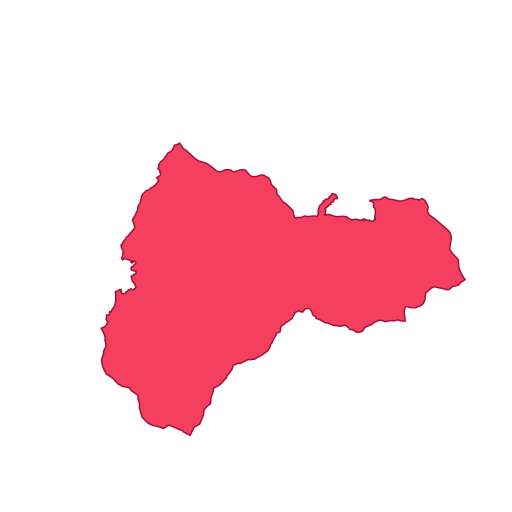 outline of Bistra, Maramures, Romania, rotated 155°
{"feature_id": "2599482B95766833415953", "entity_name": "Bistra", "entity_type": "district", "adm_level": 2, "iso_a3": "ROU", "parent_name": "Romania", "parent_adm1": "Maramures", "projection": "mercator", "projection_center": [24.244, 47.867], "detail": "fine", "context": "isolated", "style": "filled", "palette": "rose", "viewbox_px": 512, "rotation_deg": 155, "n_neighbors": 0, "source": "geoboundaries", "source_scale": "gbopen_adm2", "svg_char_len": 6136}
<svg xmlns="http://www.w3.org/2000/svg" viewBox="0 0 512 512"><g transform="rotate(155 256 256)"><path d="M373.5,323.1L374.3,320.9L374.4,320.1L374.3,319.8L374.5,318.5L374.2,317.3L374.2,316.0L374.9,315.7L375.4,314.5L377.2,312.1L378.5,311.2L378.8,310.1L378.6,309.1L378.1,308.8L377.1,309.6L376.4,309.3L373.8,306.9L372.4,306.1L371.6,304.4L370.5,303.9L370.8,303.0L371.5,303.2L371.9,303.0L371.3,302.1L370.3,302.2L369.9,302.8L368.8,303.2L368.3,302.9L367.9,300.9L368.2,300.1L368.7,299.7L369.8,299.7L371.2,298.8L372.7,298.9L374.2,298.2L374.5,297.9L374.8,295.6L373.5,294.8L372.8,293.9L372.4,293.9L371.6,293.2L371.4,292.1L371.9,290.9L374.0,291.0L375.8,290.3L376.4,290.6L377.5,290.5L378.1,289.8L378.3,286.6L378.9,285.3L378.2,284.1L378.1,283.1L377.6,282.7L377.9,281.8L377.8,280.8L378.3,278.0L379.2,277.4L380.3,277.7L381.8,277.1L382.5,277.7L382.9,278.9L383.5,279.1L384.9,278.9L385.9,279.3L388.4,278.0L389.6,278.2L389.8,278.0L389.7,277.7L389.8,277.4L391.4,277.2L393.0,278.7L393.5,280.0L393.3,281.1L392.8,281.2L393.1,281.9L392.6,282.7L394.3,283.1L396.1,282.7L398.4,283.1L399.2,281.5L399.6,279.5L400.5,278.1L401.7,275.2L404.7,271.0L407.0,269.4L410.1,267.7L410.4,267.1L411.3,266.6L412.2,267.4L414.0,264.8L415.0,264.7L415.8,265.2L416.3,265.8L416.8,264.5L418.4,262.3L418.6,261.5L418.3,258.6L419.0,258.5L420.1,257.1L421.3,256.3L422.8,255.9L426.9,255.9L426.6,251.9L426.7,248.0L427.5,245.2L428.6,243.3L428.6,241.9L429.2,240.9L429.2,239.9L429.6,239.4L429.5,238.6L429.9,237.6L434.1,234.4L435.9,231.4L439.9,227.3L441.3,222.4L441.7,219.4L441.8,215.2L441.5,212.5L437.1,205.0L435.2,198.4L431.8,194.0L426.5,190.3L426.5,189.1L425.4,185.7L421.9,180.0L421.9,179.6L423.4,176.0L423.7,174.7L423.9,171.7L424.7,169.6L425.9,167.8L427.3,158.3L427.2,157.3L424.6,150.5L423.3,148.5L422.7,148.2L421.7,146.7L417.8,143.6L412.5,138.7L406.6,139.8L396.1,128.2L396.2,127.3L391.6,121.3L384.3,127.0L378.0,127.5L371.3,133.6L367.9,138.6L364.4,140.3L359.6,141.4L356.6,146.7L352.6,150.8L350.3,154.1L344.8,154.3L342.1,154.9L334.4,158.1L332.9,159.6L326.3,162.9L322.6,166.6L317.3,166.3L315.5,165.3L307.1,165.5L303.9,164.0L302.7,164.0L301.1,163.1L299.7,163.1L298.4,163.6L294.8,163.4L285.9,165.0L282.3,167.1L280.1,169.7L277.9,170.7L275.9,172.8L271.8,175.4L270.1,177.3L266.3,177.0L262.9,181.8L259.2,182.2L256.9,183.2L254.8,183.1L249.3,184.4L248.0,185.6L245.4,187.2L244.4,188.2L240.1,188.2L238.9,186.5L238.2,186.5L237.9,185.6L237.1,185.6L233.7,187.3L230.0,186.1L229.6,185.8L229.1,182.2L229.2,177.7L228.1,176.8L227.6,176.0L227.9,174.0L224.8,170.9L221.6,166.3L221.0,165.8L219.5,165.2L214.8,160.0L212.5,159.1L211.2,157.8L208.3,156.4L204.8,155.8L203.4,154.2L202.1,150.8L201.9,149.5L199.7,148.7L197.4,144.9L196.2,143.7L191.5,142.8L188.7,144.3L187.9,145.2L184.0,145.3L179.8,145.0L177.0,145.9L174.0,145.7L173.0,146.2L172.4,145.6L171.0,145.4L169.2,144.5L166.9,141.9L161.6,140.7L158.1,138.8L154.6,138.2L153.6,137.6L152.6,136.2L150.6,135.3L149.9,134.6L148.1,134.1L146.4,139.6L145.2,142.9L143.5,145.3L142.4,146.3L141.7,146.6L140.6,146.4L137.4,143.6L133.9,142.0L129.7,141.4L126.2,141.7L124.2,142.4L120.9,145.5L119.8,147.8L117.6,150.8L111.2,152.7L107.6,152.9L100.2,147.3L97.6,145.0L95.1,143.9L90.8,145.3L88.2,144.6L84.5,144.1L81.7,145.5L76.5,146.2L77.4,152.8L77.1,159.9L74.3,166.8L74.4,168.2L77.0,175.7L77.5,179.4L77.2,181.2L72.3,188.2L71.2,190.2L70.2,194.7L70.8,197.6L72.3,201.0L78.3,214.2L81.3,219.5L81.7,221.3L81.6,224.3L79.5,227.3L79.1,228.4L79.2,233.4L79.7,235.6L81.1,237.8L84.5,237.8L85.7,239.0L88.2,240.3L89.3,241.8L90.8,242.7L93.1,243.4L99.1,243.8L101.5,244.6L103.9,245.9L107.7,249.0L111.5,251.3L112.4,252.4L113.0,254.1L114.6,255.1L116.2,255.3L119.2,254.7L124.4,256.9L129.3,258.3L129.4,257.3L128.5,257.0L127.7,255.9L127.4,254.9L126.6,254.8L127.2,253.2L128.2,252.5L128.7,250.9L128.7,250.5L128.2,248.9L128.3,247.3L130.5,243.1L132.1,240.8L132.2,239.5L132.6,239.4L132.3,238.9L132.7,238.8L132.6,238.5L133.0,238.2L133.9,238.5L134.7,238.2L136.8,238.2L137.1,239.5L138.3,240.2L138.2,240.6L138.9,240.5L139.2,240.9L139.9,241.2L140.5,242.1L141.5,242.4L141.8,243.3L142.2,243.1L142.5,243.6L143.3,243.6L143.3,243.8L143.7,243.3L143.8,243.7L145.0,244.1L145.3,243.8L147.2,244.9L148.9,246.6L153.7,248.3L155.1,249.5L157.6,253.6L160.6,255.3L165.8,257.3L168.1,258.9L170.0,260.6L170.5,261.4L172.8,263.1L176.6,264.2L175.1,265.5L174.6,266.6L173.5,267.6L173.6,269.1L172.4,270.3L171.5,269.9L170.4,270.8L169.4,270.6L168.8,271.3L167.9,271.2L167.6,271.6L166.6,271.2L166.1,271.3L166.2,272.0L165.6,272.7L162.5,272.6L162.4,273.7L161.5,274.2L160.0,274.5L157.9,273.6L157.5,275.0L157.8,277.7L158.1,278.4L160.6,280.4L162.7,279.0L164.9,278.6L165.3,277.9L166.1,277.5L166.3,277.2L168.7,278.0L171.1,277.2L171.8,277.4L172.2,276.1L174.3,275.8L174.8,275.1L176.2,275.1L177.2,274.5L180.6,271.0L180.8,269.9L181.6,268.3L182.7,266.9L183.8,266.0L185.9,267.4L188.6,268.6L191.5,269.4L195.4,271.8L198.3,271.8L204.6,274.2L204.4,277.2L203.4,281.6L205.2,286.8L207.0,291.2L208.8,293.9L209.9,300.3L210.8,304.1L209.7,306.1L209.4,307.7L212.0,314.8L211.3,316.9L211.2,319.0L211.5,321.2L212.6,322.8L213.4,323.6L214.3,325.5L216.7,327.2L221.7,327.8L224.4,328.7L226.7,330.4L227.7,332.4L228.8,336.6L229.5,338.5L231.1,339.7L233.9,340.6L240.6,341.5L243.0,344.9L244.9,346.2L248.5,347.3L252.4,347.1L253.3,347.4L255.1,348.9L256.0,350.1L258.1,354.7L260.7,359.3L262.8,362.0L267.8,366.4L268.8,367.8L270.6,371.4L274.3,380.3L276.7,384.5L277.2,389.1L277.6,390.6L278.9,390.3L283.2,390.7L286.8,387.5L289.4,386.7L292.3,386.6L293.0,386.3L293.7,385.5L297.0,383.8L298.4,382.8L302.4,381.7L305.1,380.2L307.2,377.2L308.0,376.5L307.9,376.0L307.1,375.2L306.9,374.6L307.3,373.8L307.6,372.7L307.6,371.3L308.2,370.1L308.8,369.4L310.4,369.4L312.9,368.8L312.3,368.2L312.6,365.1L315.9,363.6L316.6,363.0L318.8,362.6L319.6,362.1L322.3,362.2L323.2,362.0L324.8,361.0L326.5,361.5L327.7,361.6L332.6,359.9L333.6,359.2L334.6,358.3L338.0,353.7L339.4,352.3L340.4,352.1L341.9,350.9L344.6,346.9L346.0,346.2L346.7,345.3L349.7,342.9L352.1,341.6L352.9,340.2L352.9,337.7L353.5,335.5L353.3,334.2L354.1,332.8L355.5,331.9L361.6,329.3L362.9,328.2L364.5,328.1L365.6,327.7L366.5,326.9L368.4,326.0L371.0,324.4L371.6,324.3L371.9,323.4L372.8,322.7L373.5,323.1Z" fill="#f43f5e" stroke="#9f1239" stroke-width="1.5"/></g></svg>